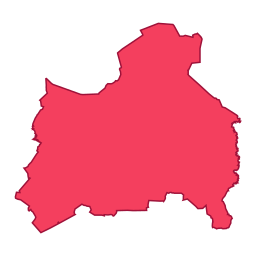 outline of Aizputes pag., Aizputes, Latvia
{"feature_id": "27541924B9669965867606", "entity_name": "Aizputes pag.", "entity_type": "district", "adm_level": 2, "iso_a3": "LVA", "parent_name": "Latvia", "parent_adm1": "Aizputes", "projection": "orthographic", "projection_center": [21.546, 56.696], "detail": "fine", "context": "isolated", "style": "filled", "palette": "rose", "viewbox_px": 256, "rotation_deg": 0, "n_neighbors": 0, "source": "geoboundaries", "source_scale": "gbopen_adm2", "svg_char_len": 5846}
<svg xmlns="http://www.w3.org/2000/svg" viewBox="0 0 256 256"><path d="M212.6,227.5L213.1,227.3L214.2,227.5L215.0,228.0L215.9,228.2L216.4,228.8L218.3,228.3L221.5,228.1L222.3,228.6L223.4,228.7L226.3,228.5L227.3,227.8L228.0,227.9L228.9,227.3L229.8,225.0L230.8,223.1L230.8,220.9L231.2,219.6L232.2,218.4L231.9,217.9L231.7,217.1L230.7,215.8L229.2,215.6L228.9,214.3L227.6,214.4L227.9,213.6L227.5,212.3L227.3,212.0L225.6,208.5L225.1,205.5L223.2,201.6L222.2,201.2L222.0,200.7L222.3,199.6L222.6,198.6L224.9,195.9L226.8,192.0L227.8,190.6L228.5,190.7L228.2,189.4L228.6,188.4L229.7,188.0L231.1,187.0L232.0,186.8L233.7,185.9L232.7,184.9L232.7,184.6L233.4,184.1L233.8,183.4L234.2,183.8L235.2,182.9L235.4,183.4L235.2,183.7L235.5,183.8L236.5,183.6L236.7,183.2L236.6,182.9L237.7,182.8L236.8,181.9L237.1,181.5L237.6,181.5L237.6,180.8L238.1,180.6L237.9,180.3L238.1,179.9L237.7,179.7L237.8,179.4L237.5,179.4L237.5,179.2L238.5,178.4L238.0,178.1L238.1,177.5L238.4,177.3L238.5,176.9L238.0,176.2L238.4,175.8L238.4,175.5L237.7,174.9L237.5,175.6L237.3,175.6L237.1,175.1L236.7,175.1L237.0,174.7L237.0,174.2L236.4,174.2L236.3,173.2L235.9,173.1L235.7,173.4L235.1,172.9L234.8,173.2L234.3,172.8L234.2,172.5L234.3,172.1L233.6,171.7L233.5,171.2L233.9,170.5L235.0,170.0L236.2,170.5L236.4,170.3L236.2,170.1L237.0,170.1L237.2,169.8L237.6,169.7L238.0,169.0L238.4,168.6L238.6,167.5L238.8,167.2L238.6,166.9L239.0,166.2L238.8,166.0L238.9,165.7L238.1,165.3L238.9,165.0L238.7,164.6L238.8,164.1L238.5,164.0L239.4,162.2L239.0,162.0L238.5,162.1L238.5,161.6L237.8,160.9L238.4,159.4L239.3,159.0L239.3,158.7L238.5,158.2L239.3,157.4L238.8,157.1L239.2,156.5L238.1,156.0L237.5,156.0L237.6,155.4L236.9,155.7L236.6,155.1L236.1,155.1L235.9,154.4L237.0,153.6L236.8,153.0L236.1,152.9L235.9,152.7L236.0,152.5L236.7,152.3L236.6,151.7L236.8,151.3L237.8,151.2L238.0,150.8L237.8,149.4L237.5,149.2L237.7,148.8L236.8,149.0L236.8,148.5L237.2,148.4L237.1,147.9L236.5,147.9L236.7,146.8L236.4,146.3L236.0,146.4L235.9,146.0L236.4,145.1L235.8,144.6L236.2,143.4L236.2,142.9L236.8,143.1L237.3,142.3L237.2,141.5L236.4,140.6L236.7,140.3L236.4,140.0L236.7,139.8L236.9,139.1L236.8,138.2L237.2,138.4L237.7,138.1L237.5,137.5L237.1,137.1L237.2,136.6L236.1,135.8L236.0,135.4L236.2,135.1L237.1,134.7L237.1,134.4L236.9,134.0L236.9,133.5L236.7,133.2L236.7,132.8L235.6,132.1L235.4,132.1L235.1,131.7L234.7,131.6L234.4,131.9L234.4,131.4L234.8,130.9L234.6,130.4L233.9,131.2L233.7,131.1L233.5,130.5L234.0,130.3L234.1,129.6L233.8,128.7L233.5,128.5L233.7,127.5L233.6,127.3L231.6,126.9L232.4,124.1L232.9,123.5L232.0,123.5L232.3,123.0L233.3,122.8L233.7,122.4L235.6,122.8L235.5,122.4L235.0,122.0L234.5,121.9L234.4,121.6L236.6,121.4L237.2,121.9L237.8,122.1L238.8,120.9L239.0,120.9L239.4,122.2L239.7,122.5L240.2,122.1L240.6,121.2L239.6,121.1L239.5,120.4L239.8,119.6L239.6,119.3L239.9,118.7L239.7,118.4L238.7,118.7L237.7,118.5L237.4,117.2L237.7,116.6L237.5,115.8L236.9,115.6L236.8,115.2L225.2,107.8L222.2,107.0L219.2,99.9L216.8,99.4L216.4,98.5L215.7,98.1L214.7,98.3L213.0,97.1L209.3,94.1L199.0,84.6L188.8,75.5L188.0,74.3L188.2,74.2L188.2,71.2L187.9,70.3L188.5,70.1L191.8,63.2L200.0,62.3L200.0,48.6L200.3,46.9L202.0,39.3L201.9,38.7L201.0,37.0L200.8,37.0L200.2,36.1L197.4,33.3L196.5,34.0L195.2,34.0L192.7,35.2L193.0,36.7L192.9,37.3L185.2,35.4L183.2,36.2L179.7,36.1L174.0,25.7L172.9,24.5L158.3,23.4L140.5,30.3L142.7,34.4L142.8,35.2L122.4,48.9L117.6,52.9L117.6,53.3L121.4,67.2L121.1,67.8L119.8,68.3L119.6,68.8L119.6,69.5L120.5,71.7L120.8,74.6L118.6,79.7L117.1,80.9L115.6,80.7L114.7,82.0L112.1,83.6L110.6,83.8L107.8,83.7L106.1,85.4L105.0,88.1L99.1,92.9L98.7,94.0L83.0,94.6L80.6,94.4L52.8,84.4L51.2,83.2L46.8,78.9L46.3,78.5L45.9,78.7L46.3,85.3L46.2,87.5L46.3,87.9L46.3,90.4L47.3,93.2L39.8,100.2L40.5,100.7L40.9,102.6L41.3,106.0L43.5,106.7L42.5,109.2L40.6,110.0L37.9,114.2L37.1,114.9L36.9,115.6L35.3,118.1L33.0,123.6L32.7,125.3L33.1,125.5L33.0,125.8L33.4,126.1L32.5,126.5L32.7,126.9L32.6,127.3L32.9,128.0L33.2,128.5L32.9,128.6L33.2,128.7L32.7,129.0L32.6,129.3L33.0,129.2L33.3,129.5L33.6,129.3L33.8,129.9L34.8,131.1L35.2,133.0L34.9,133.4L35.4,133.9L35.7,134.6L35.9,134.5L36.0,135.0L36.4,135.0L36.4,135.3L36.7,135.5L36.5,136.5L35.9,135.9L35.3,135.9L35.2,136.5L35.4,137.6L33.9,138.5L33.8,138.9L33.6,139.0L34.4,139.1L33.8,139.6L35.2,140.0L36.2,139.2L36.4,139.2L36.6,139.4L36.5,140.0L36.6,140.5L37.0,140.4L37.4,139.8L37.6,139.8L38.2,140.4L37.8,141.1L38.0,141.4L38.6,141.7L39.1,141.6L39.5,142.1L40.4,142.3L40.7,142.8L41.1,142.9L40.4,144.1L39.7,144.4L39.8,144.8L39.5,145.1L39.3,145.9L37.9,146.8L37.6,148.5L37.8,149.5L37.1,150.0L36.9,150.7L37.2,151.2L37.8,151.5L38.1,152.2L36.6,154.0L31.1,162.5L30.4,163.0L28.5,165.1L28.0,166.5L25.5,167.9L24.0,168.1L27.8,173.4L28.1,176.2L28.5,178.1L29.0,177.8L30.0,178.2L19.3,190.7L19.9,192.5L16.5,192.3L15.4,196.8L15.6,198.2L17.8,199.2L20.7,199.8L29.4,206.1L28.3,208.0L28.4,210.2L29.1,210.9L30.8,209.5L31.6,211.0L32.8,211.8L35.3,216.0L35.8,217.3L35.1,219.1L32.3,222.8L40.9,232.6L50.3,228.0L58.0,223.9L58.1,222.4L58.4,222.2L59.1,223.3L75.2,214.5L74.4,213.9L74.4,212.8L74.1,212.3L75.0,209.0L81.9,204.2L83.9,205.3L85.7,205.5L86.8,206.1L89.8,206.5L91.2,209.9L89.7,212.1L94.6,215.1L101.8,215.1L104.3,215.8L104.2,214.7L108.1,214.9L111.0,214.5L112.2,214.8L113.2,216.0L113.9,215.8L116.1,213.3L116.7,211.7L116.6,210.6L127.4,210.3L133.3,210.6L146.6,210.4L146.5,209.9L146.5,207.8L148.4,207.2L148.0,206.3L148.1,204.3L148.8,200.5L160.1,201.1L163.5,201.0L163.7,201.4L164.8,199.7L165.2,198.7L165.4,198.0L165.2,196.3L167.0,192.6L168.4,193.2L169.2,193.0L169.8,192.5L171.2,192.4L172.1,193.0L173.3,192.8L174.1,193.2L180.9,193.2L181.6,193.3L183.6,195.0L183.4,196.2L183.3,199.7L183.1,200.1L187.4,199.0L195.8,206.3L197.9,208.6L202.7,208.4L206.0,205.4L207.1,213.9L210.6,216.0L210.9,216.5L211.0,217.8L212.4,218.4L212.8,220.8L212.7,222.0L212.9,222.1L212.5,223.1L212.3,226.1L212.6,227.5Z" fill="#f43f5e" stroke="#9f1239" stroke-width="1.5"/></svg>